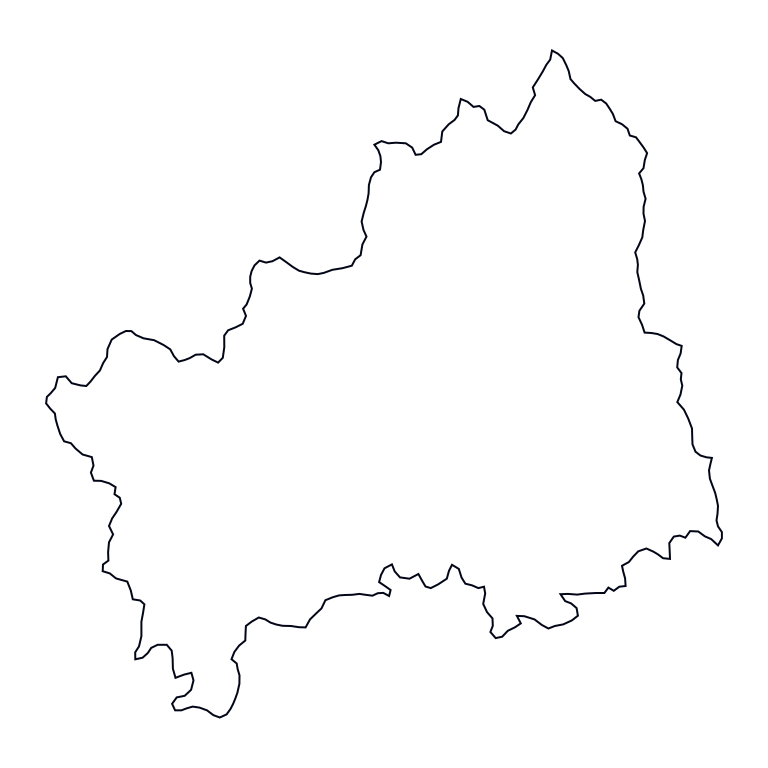 the district of Bom Sucesso, Minas Gerais, Brazil
{"feature_id": "56859067B71909966942308", "entity_name": "Bom Sucesso", "entity_type": "district", "adm_level": 2, "iso_a3": "BRA", "parent_name": "Brazil", "parent_adm1": "Minas Gerais", "projection": "orthographic", "projection_center": [-44.79, -21.016], "detail": "fine", "context": "isolated", "style": "outline", "palette": "ink", "viewbox_px": 768, "rotation_deg": 0, "n_neighbors": 0, "source": "geoboundaries", "source_scale": "gbopen_adm2", "svg_char_len": 4620}
<svg xmlns="http://www.w3.org/2000/svg" viewBox="0 0 768 768"><path d="M718.0,545.4L721.9,538.4L721.9,532.1L718.0,526.4L716.5,520.4L717.5,513.9L718.0,505.9L716.7,499.3L715.2,493.0L712.4,485.5L709.9,478.7L709.0,470.4L710.5,463.6L711.9,457.9L706.4,457.3L700.4,455.5L695.5,451.7L692.5,444.4L692.2,436.2L692.0,428.5L688.2,418.5L683.9,409.6L677.3,402.1L680.5,394.5L682.3,385.6L680.8,379.4L681.5,373.1L677.2,367.4L677.9,360.0L680.6,353.5L681.7,345.9L676.4,344.1L670.0,340.2L663.5,336.4L657.5,334.0L651.4,333.0L644.6,332.6L642.0,324.7L638.5,317.2L639.4,310.8L644.3,303.6L643.2,295.5L640.9,288.8L639.1,280.0L637.3,272.1L637.9,264.8L637.2,259.1L635.2,252.4L638.7,245.5L642.3,237.4L643.2,230.2L645.0,221.0L643.5,213.7L643.6,206.8L645.6,198.8L643.5,191.6L642.9,185.3L641.4,179.3L639.1,173.4L643.5,168.2L644.8,160.1L647.1,153.1L643.5,147.4L639.4,141.8L636.0,137.3L629.8,135.5L627.5,128.7L622.1,124.3L615.6,121.2L612.9,114.0L609.8,108.9L606.2,103.5L601.2,99.7L595.2,100.9L590.3,96.9L585.2,94.0L579.6,89.0L574.1,83.3L570.5,79.1L568.7,71.0L566.2,65.0L562.8,58.1L557.9,53.7L552.0,50.5L550.2,59.6L546.4,64.7L542.8,71.4L538.1,79.2L532.8,87.4L535.1,95.2L530.8,102.2L527.5,109.9L523.4,118.0L518.3,124.4L515.6,129.6L510.9,133.5L504.1,131.2L497.7,125.6L487.7,120.2L484.3,109.7L479.4,106.0L473.5,106.9L467.6,101.8L460.8,99.0L458.5,108.1L457.9,115.4L454.6,119.9L448.7,124.3L442.3,131.5L441.0,141.9L434.0,144.7L426.9,149.3L421.3,154.2L415.6,154.8L412.2,147.6L405.8,143.3L396.0,142.7L388.3,143.3L381.5,141.1L374.4,144.7L378.3,150.2L380.4,156.2L381.0,162.1L380.0,169.7L374.4,172.2L371.0,177.3L368.9,185.0L368.6,193.4L367.4,200.1L365.9,206.0L363.8,212.6L361.6,221.5L363.5,230.0L366.5,236.6L362.4,244.5L360.6,255.2L355.2,259.3L351.8,265.7L342.4,268.2L332.4,269.8L323.8,272.9L317.8,274.1L311.0,273.6L304.8,272.3L299.0,270.7L292.9,267.0L286.9,262.6L279.6,257.4L272.5,261.2L266.0,262.6L259.5,260.6L254.5,265.4L251.6,271.1L250.2,276.7L250.2,283.0L251.9,288.6L249.9,296.3L246.6,304.5L243.1,308.7L246.0,315.9L242.7,323.8L235.7,327.3L228.1,330.3L224.2,335.7L224.3,347.2L222.8,357.8L218.1,362.6L211.5,359.4L203.3,354.3L195.7,354.7L189.7,358.1L184.5,360.1L178.6,361.6L173.9,356.1L170.3,349.4L163.6,345.0L154.1,340.2L143.5,338.3L135.9,335.0L131.4,331.1L125.9,331.0L119.7,334.0L111.7,339.6L107.5,349.1L107.0,357.0L103.2,363.0L99.9,370.5L94.9,375.9L90.5,381.6L86.3,386.0L80.5,385.4L71.7,383.2L65.8,376.3L57.9,377.2L55.2,387.9L50.8,393.1L46.9,396.9L46.1,403.4L50.2,408.6L54.9,413.5L55.7,419.3L57.4,425.5L60.2,434.0L64.1,441.3L70.9,443.2L75.5,448.5L82.6,454.5L91.8,457.1L93.5,465.6L90.9,472.6L93.9,480.7L101.2,480.9L109.2,483.3L115.6,487.1L114.5,494.2L119.8,497.8L121.2,503.8L116.3,512.3L112.2,518.3L109.0,526.0L113.1,534.4L109.0,542.3L108.1,552.2L108.4,560.6L103.0,564.5L102.7,571.2L109.8,573.4L116.0,578.4L127.3,581.6L130.8,590.5L132.8,599.3L140.2,600.5L144.4,604.3L143.1,612.6L141.4,621.7L141.4,636.2L139.0,646.4L135.2,652.3L135.3,659.3L142.6,657.7L147.9,652.9L151.2,647.9L157.6,644.8L166.8,644.8L171.7,650.7L172.6,658.0L172.9,668.7L175.5,677.8L184.1,674.6L191.4,672.8L193.5,680.4L191.1,689.8L184.7,695.8L176.7,697.4L172.1,703.8L175.1,710.3L181.5,710.3L186.5,708.4L192.7,706.6L199.5,707.6L207.1,710.4L213.3,715.1L219.8,717.5L226.6,714.4L230.6,708.8L233.2,703.7L235.4,698.3L237.4,692.7L239.4,683.8L239.5,675.3L237.7,669.3L236.7,663.5L231.5,659.2L234.4,651.9L239.1,645.6L245.3,640.5L245.5,634.3L245.9,626.0L251.7,621.6L258.8,617.5L265.3,619.4L270.5,622.6L276.2,624.5L282.6,625.8L291.0,626.0L298.9,627.2L305.6,627.4L310.0,619.4L316.5,613.1L321.5,608.4L325.4,600.2L332.9,597.2L339.1,595.4L345.0,595.0L352.2,594.8L359.4,593.9L365.6,594.8L372.4,595.7L377.8,593.2L383.3,592.9L389.1,596.0L390.6,590.0L384.2,585.5L379.1,582.1L381.0,575.0L384.5,568.3L391.9,564.4L394.7,571.4L400.0,577.4L409.5,578.7L418.4,574.0L422.2,580.9L425.5,586.5L430.8,588.1L438.1,584.4L446.8,578.7L449.0,570.8L452.0,564.8L458.8,568.9L461.6,577.7L465.4,583.7L471.9,585.3L478.4,588.1L484.0,586.7L485.2,593.5L483.2,603.9L487.0,612.1L492.5,618.4L492.8,625.8L490.4,632.0L495.7,638.1L502.2,636.7L507.8,630.8L514.8,627.4L520.8,623.4L516.9,615.9L524.3,616.2L534.5,619.4L541.9,625.0L548.4,628.5L554.8,626.0L563.2,624.4L571.9,620.4L577.9,615.7L576.6,608.1L571.1,603.4L565.2,601.1L560.5,594.2L567.9,593.9L577.2,594.6L585.0,593.6L595.9,593.0L604.4,593.0L608.4,587.6L613.8,590.8L619.3,586.7L625.6,586.0L625.1,578.4L623.2,571.5L622.0,565.8L628.9,562.0L633.2,556.6L638.3,551.3L646.4,548.5L653.3,551.6L658.0,554.4L663.0,558.2L670.0,558.9L669.7,551.4L669.3,543.1L673.8,536.6L679.8,535.6L685.4,537.7L690.1,531.1L698.3,531.5L704.8,536.3L711.2,539.1L718.0,545.4Z" fill="none" stroke="#020617" stroke-width="2"/></svg>